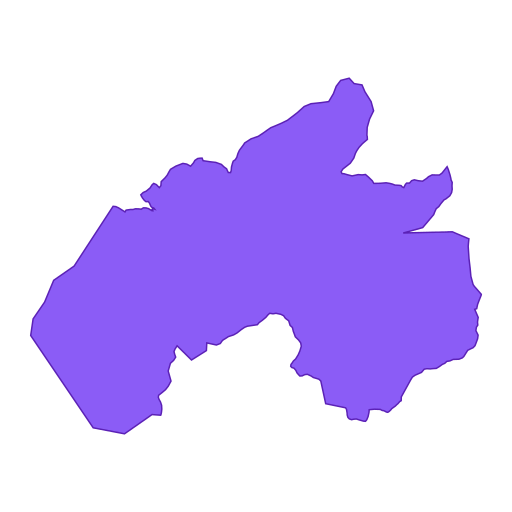 San Martín Itunyoso, Oaxaca, Mexico (orthographic projection)
{"feature_id": "50627088B87808414718325", "entity_name": "San Martín Itunyoso", "entity_type": "district", "adm_level": 2, "iso_a3": "MEX", "parent_name": "Mexico", "parent_adm1": "Oaxaca", "projection": "orthographic", "projection_center": [-97.847, 17.222], "detail": "fine", "context": "isolated", "style": "filled", "palette": "violet", "viewbox_px": 512, "rotation_deg": 0, "n_neighbors": 0, "source": "geoboundaries", "source_scale": "gbopen_adm2", "svg_char_len": 4678}
<svg xmlns="http://www.w3.org/2000/svg" viewBox="0 0 512 512"><path d="M422.7,227.6L433.7,214.6L434.7,212.0L436.2,208.7L438.8,206.6L440.9,203.6L444.1,199.8L445.9,198.9L449.8,195.8L451.6,192.6L452.2,189.3L452.0,185.8L452.2,182.4L451.1,180.0L450.8,178.2L450.0,174.9L448.3,169.5L447.1,166.7L445.5,168.7L442.0,173.1L439.4,175.0L435.5,175.0L432.1,174.9L428.5,176.7L426.5,178.5L422.5,181.2L418.2,180.7L414.3,179.8L411.6,180.7L409.5,183.1L406.6,183.1L405.4,184.4L403.8,187.6L402.2,186.9L401.1,185.6L399.1,185.3L395.0,185.1L392.5,184.1L389.8,183.4L386.1,182.8L380.0,183.3L373.8,183.4L372.3,180.8L368.5,177.1L365.5,174.5L362.1,174.9L358.2,174.6L352.1,175.9L347.3,174.7L343.9,173.7L342.0,173.6L341.1,171.8L342.9,169.0L346.5,166.2L350.3,163.2L353.8,158.1L355.4,153.4L356.8,150.7L359.0,147.4L362.3,143.8L364.2,142.1L367.4,139.4L367.2,136.3L366.9,135.3L367.2,127.4L369.6,119.0L373.6,110.8L371.1,101.6L364.9,91.7L362.0,84.9L354.1,83.6L349.2,78.2L340.7,80.4L338.3,83.5L336.2,86.3L333.4,93.7L328.7,101.6L320.5,102.7L311.0,103.7L304.2,106.5L297.3,112.7L290.0,118.3L287.4,120.3L284.1,121.9L281.9,123.0L279.4,124.1L275.2,125.9L270.8,127.7L267.3,130.1L263.4,132.9L258.3,136.3L251.1,138.8L244.6,143.0L243.7,144.5L241.4,147.6L239.4,150.3L237.9,153.6L236.8,157.3L235.3,159.7L233.2,161.2L232.5,163.2L231.5,166.9L231.2,170.6L230.5,172.6L228.3,172.5L227.5,170.9L226.6,168.8L224.0,166.9L221.4,164.4L215.8,162.4L210.5,161.8L203.1,160.7L202.1,158.1L200.0,158.2L197.7,158.5L194.9,160.4L193.4,163.0L190.6,166.2L186.8,164.1L182.9,163.4L175.9,166.1L170.5,169.3L168.9,172.0L167.2,175.2L165.0,177.9L161.2,181.6L160.9,185.7L159.3,187.6L158.0,186.3L156.4,184.6L153.7,183.4L152.1,184.8L150.1,187.9L146.3,191.1L143.2,192.5L140.8,194.8L141.4,196.1L142.5,198.0L144.2,200.2L145.8,201.6L147.1,201.7L148.2,201.5L149.4,203.0L150.7,206.0L151.5,207.1L152.7,207.7L153.4,207.9L153.8,208.1L154.1,208.4L154.3,208.7L154.7,209.2L154.0,209.0L153.1,208.8L152.5,208.9L152.3,209.0L152.1,209.3L152.2,209.7L152.5,210.1L152.8,210.7L152.6,210.7L152.1,210.7L151.7,210.6L151.2,210.2L150.7,209.9L150.2,209.7L149.2,209.0L148.5,208.6L147.8,208.4L147.2,208.3L146.8,208.1L146.5,208.0L145.5,207.9L144.7,207.9L144.0,207.8L143.3,207.9L142.6,208.3L141.1,209.3L140.2,209.0L139.5,209.0L138.9,208.9L135.4,208.8L133.0,209.5L130.3,209.5L126.1,210.1L125.0,211.9L121.8,209.9L118.5,207.8L116.0,206.7L115.9,206.6L113.1,206.3L74.1,266.1L53.7,280.3L44.6,302.1L33.1,318.9L30.7,335.5L93.2,427.8L119.8,432.9L124.5,433.8L140.8,422.4L144.0,420.2L152.1,414.5L152.4,414.6L160.7,415.2L161.1,414.1L161.5,412.0L161.8,409.1L161.6,405.3L160.5,402.0L159.0,399.3L158.3,397.2L158.6,395.3L162.5,392.2L165.5,389.7L168.3,386.1L171.0,381.1L168.2,371.0L170.4,363.3L173.6,360.4L175.7,357.1L174.8,354.7L174.0,351.6L175.0,349.1L177.1,345.8L191.5,360.0L206.4,350.6L206.8,342.9L216.4,345.0L220.3,343.5L222.1,340.9L223.3,339.8L225.2,338.7L228.4,336.6L233.6,334.9L237.1,332.9L241.1,329.7L244.6,327.3L247.4,326.2L257.4,324.7L259.0,322.7L262.3,320.3L265.8,317.4L268.0,314.8L269.7,313.3L273.0,313.8L276.0,313.3L280.8,314.3L283.6,315.7L284.7,317.3L285.4,318.3L288.7,320.8L290.1,325.4L292.4,327.5L293.3,331.3L294.5,334.5L295.3,336.8L298.6,340.0L300.7,342.9L301.3,346.2L299.9,350.9L298.2,354.8L295.6,359.0L293.4,361.0L292.1,363.0L291.0,364.4L290.7,366.3L291.8,367.5L294.0,368.2L295.8,370.3L297.1,373.0L298.6,374.7L299.8,376.0L302.1,375.9L304.8,374.6L307.4,374.3L311.3,376.1L313.3,377.5L316.7,378.5L318.9,379.2L320.8,381.0L325.7,403.7L345.6,407.8L346.5,409.4L347.1,413.0L347.2,415.0L347.9,417.4L349.3,418.9L351.6,419.7L353.7,419.2L356.4,419.0L359.2,419.9L363.3,421.1L365.5,421.3L366.8,419.7L368.1,416.5L369.0,412.3L369.2,409.7L374.5,409.2L380.4,409.4L381.1,409.9L382.3,410.5L383.4,410.6L384.5,411.0L385.9,411.8L387.3,412.3L388.2,412.1L389.2,411.4L390.7,410.0L391.7,408.7L393.2,407.6L395.3,406.1L396.7,404.7L397.9,403.7L399.8,401.5L401.2,400.7L401.3,396.9L410.6,380.0L412.4,377.1L415.1,375.2L418.3,373.8L421.5,372.4L424.2,369.2L426.9,368.7L430.2,368.9L433.0,368.6L436.3,368.4L439.6,366.4L442.3,364.4L444.8,363.3L446.8,361.4L449.9,360.9L453.2,359.4L456.4,359.3L459.0,359.2L462.3,357.9L463.8,356.5L467.7,350.3L470.3,349.0L473.1,347.7L475.0,345.7L476.2,342.6L477.6,338.8L478.1,335.1L475.9,330.6L476.4,327.2L477.8,325.1L477.5,322.1L477.9,319.2L478.2,317.4L474.7,309.3L476.7,308.7L477.6,304.4L479.0,300.7L481.1,295.4L481.3,294.3L479.8,292.6L474.3,286.3L473.1,284.5L470.9,276.4L470.1,267.9L469.0,258.6L468.2,246.4L468.5,242.7L468.9,238.8L467.2,238.1L464.9,237.1L461.5,235.7L459.4,234.8L457.7,234.1L455.6,233.2L452.4,231.8L448.3,231.9L446.8,232.0L443.3,232.1L441.6,232.1L439.2,232.2L435.6,232.2L434.2,232.3L432.1,232.3L403.2,233.0L422.7,227.6Z" fill="#8b5cf6" stroke="#5b21b6" stroke-width="1.5"/></svg>